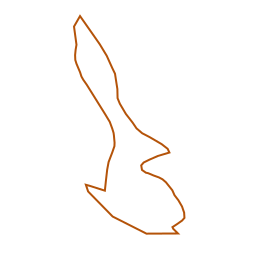 Cap Estate/Anse Du Cap, Gros Islet, Saint Lucia (Albers equal-area conic projection), rotated 192°
{"feature_id": "8701671B2095740790766", "entity_name": "Cap Estate/Anse Du Cap", "entity_type": "district", "adm_level": 2, "iso_a3": "LCA", "parent_name": "Saint Lucia", "parent_adm1": "Gros Islet", "projection": "albers", "projection_center": [-60.945, 14.102], "detail": "fine", "context": "isolated", "style": "outline", "palette": "amber", "viewbox_px": 256, "rotation_deg": 192, "n_neighbors": 0, "source": "geoboundaries", "source_scale": "gbopen_adm2", "svg_char_len": 1108}
<svg xmlns="http://www.w3.org/2000/svg" viewBox="0 0 256 256"><g transform="rotate(192 128 128)"><path d="M198.2,227.5L201.9,216.0L195.7,198.7L195.5,193.7L194.9,188.3L193.7,183.6L191.8,180.2L189.1,176.3L186.5,172.6L184.2,168.6L181.7,165.8L177.3,161.7L152.8,136.3L151.6,135.0L147.1,130.2L143.2,124.0L141.1,120.2L140.2,117.7L139.1,114.1L138.1,110.9L137.5,107.4L138.3,100.9L139.9,90.7L139.8,86.7L139.7,82.9L138.6,71.4L137.6,61.9L153.8,63.5L157.4,63.7L153.8,57.6L124.6,38.2L88.0,28.5L57.2,35.2L62.8,38.8L63.9,40.3L63.2,41.0L62.2,42.0L60.3,43.9L56.4,48.1L55.9,48.6L54.1,51.8L55.5,56.9L57.5,60.2L58.8,62.4L63.8,67.9L65.0,68.9L68.5,71.9L71.7,76.3L79.6,82.8L83.6,85.0L87.5,86.1L93.3,86.9L95.7,87.4L99.1,88.0L100.5,88.0L101.2,88.0L105.6,89.9L107.3,94.2L105.5,97.5L100.7,101.3L99.6,102.1L92.9,106.9L82.4,112.6L84.9,115.9L87.8,117.3L91.7,119.2L105.0,123.6L111.5,125.4L113.0,125.8L119.6,129.4L124.7,134.3L133.0,141.3L141.0,150.0L144.4,155.0L146.5,163.9L149.7,172.3L152.0,178.4L155.8,183.3L163.8,194.2L173.0,204.0L176.1,206.9L177.8,208.5L185.2,215.4L198.2,227.5Z" fill="none" stroke="#b45309" stroke-width="2"/></g></svg>